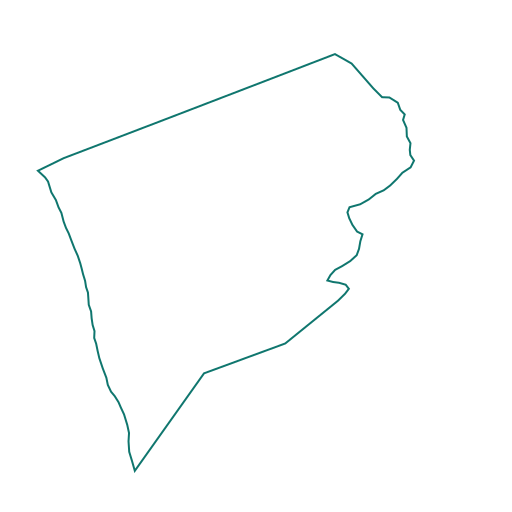 Emas, Paraíba, Brazil, rotated 253°
{"feature_id": "56859067B29594982157265", "entity_name": "Emas", "entity_type": "district", "adm_level": 2, "iso_a3": "BRA", "parent_name": "Brazil", "parent_adm1": "Paraíba", "projection": "equal_earth", "projection_center": [-37.76, -7.097], "detail": "fine", "context": "isolated", "style": "outline", "palette": "teal", "viewbox_px": 512, "rotation_deg": 253, "n_neighbors": 0, "source": "geoboundaries", "source_scale": "gbopen_adm2", "svg_char_len": 1234}
<svg xmlns="http://www.w3.org/2000/svg" viewBox="0 0 512 512"><g transform="rotate(253 256 256)"><path d="M86.0,77.3L159.0,172.0L163.8,258.4L189.3,321.4L193.9,330.2L197.5,335.2L202.3,333.4L206.1,327.6L208.6,322.1L211.7,317.1L216.0,321.6L219.6,327.6L221.1,335.2L223.6,344.6L227.3,352.5L232.7,356.6L239.6,360.1L245.6,364.2L249.8,359.8L257.6,357.3L264.9,356.2L271.0,356.2L275.3,359.7L275.0,370.7L277.1,380.4L280.4,388.7L281.5,397.4L284.2,404.9L288.5,413.3L292.8,420.3L295.6,429.8L301.0,435.0L307.4,433.1L312.6,434.1L318.7,436.7L326.2,435.2L334.6,437.4L343.1,436.4L347.9,439.6L353.6,436.7L361.1,436.4L368.6,429.9L371.0,423.0L382.0,417.2L412.1,403.7L426.0,390.5L419.5,298.8L413.3,210.3L405.8,100.8L401.3,72.4L392.8,77.3L388.0,78.9L382.3,78.9L376.7,78.9L368.0,81.0L360.3,81.4L354.1,82.5L345.2,82.1L338.5,82.5L332.4,83.5L325.9,83.9L316.1,84.6L308.3,85.6L300.3,85.8L294.7,85.6L289.2,85.3L282.2,85.3L275.9,84.4L270.2,84.6L265.4,83.5L258.2,81.8L251.2,82.1L244.5,80.6L237.8,79.6L231.4,79.6L224.9,77.3L218.9,77.5L211.5,76.8L204.2,76.3L193.3,76.6L183.3,77.3L176.1,76.6L168.6,77.7L163.4,79.9L156.4,81.8L150.9,82.4L143.1,83.5L132.1,83.5L123.8,82.8L116.0,79.9L105.8,77.5L96.5,77.5L86.0,77.3Z" fill="none" stroke="#0f766e" stroke-width="2"/></g></svg>